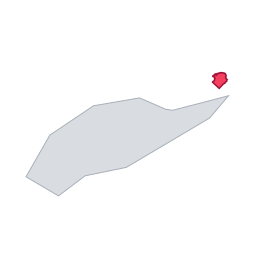 Ollei, Palau (highlighted), rotated 50°
{"feature_id": "81905179B39968712547281", "entity_name": "Ollei", "entity_type": "district", "adm_level": 2, "iso_a3": "PLW", "parent_name": "Palau", "parent_adm1": "", "projection": "albers", "projection_center": [134.619, 7.719], "detail": "fine", "context": "in_parent", "style": "filled", "palette": "rose", "viewbox_px": 256, "rotation_deg": 50, "n_neighbors": 0, "source": "geoboundaries", "source_scale": "gbopen_adm2", "svg_char_len": 2469}
<svg xmlns="http://www.w3.org/2000/svg" viewBox="0 0 256 256"><g transform="rotate(50 128 128)"><path d="M135.3,224.9L99.8,237.5L83.2,192.4L88.8,140.1L112.3,99.9L137.8,87.1L143.1,82.5L167.9,30.3L172.8,59.1L157.1,154.5L137.0,191.7L135.3,224.9Z" fill="#d9dde1" stroke="#a8b0b8" stroke-width="1"/><path d="M156.3,32.7L155.6,27.1L155.4,27.2L155.5,27.1L155.5,26.9L155.5,26.7L155.7,26.4L155.7,26.2L155.6,25.9L155.7,25.7L155.8,25.5L155.7,25.5L155.7,25.4L155.7,25.2L155.7,24.9L155.7,24.7L155.6,24.4L155.6,24.2L155.5,23.9L155.5,23.7L155.6,23.3L155.6,23.2L155.6,22.9L155.7,22.7L155.6,22.4L155.6,22.2L155.4,22.1L155.2,22.0L155.2,21.9L155.1,21.7L154.9,21.5L154.8,21.4L154.7,21.3L154.7,21.2L154.5,21.3L154.4,21.3L154.4,21.2L154.2,20.9L153.9,21.0L153.7,21.0L153.4,21.0L153.2,21.0L152.8,20.9L152.7,20.9L152.4,20.7L152.2,20.7L152.0,20.4L151.9,20.4L151.8,20.2L151.6,20.1L151.5,19.9L151.4,19.9L151.4,19.7L151.2,19.5L151.2,19.4L150.9,19.3L150.9,19.2L150.7,19.1L150.4,19.0L150.3,18.9L150.1,18.9L149.9,18.8L149.7,18.8L149.6,18.7L149.4,18.6L149.2,18.6L148.9,18.5L148.7,18.6L148.6,18.8L148.4,18.7L148.3,18.8L148.2,18.8L147.9,18.9L147.8,19.1L147.7,19.1L147.5,19.3L147.4,19.4L147.3,19.5L147.2,19.6L146.9,19.7L146.9,19.8L146.7,19.9L146.6,20.0L146.4,20.2L146.4,20.3L146.1,20.4L146.1,20.5L145.9,20.7L146.0,20.7L145.8,20.8L145.8,21.0L145.7,21.1L145.5,21.3L145.5,21.5L145.4,21.6L145.2,21.8L145.0,22.0L144.9,22.1L144.8,22.3L144.7,22.3L144.6,22.5L144.5,22.8L144.4,23.0L144.5,23.0L144.4,23.2L144.3,23.3L144.2,23.4L144.2,23.5L144.3,23.8L144.4,24.0L144.2,24.2L144.1,24.3L143.9,24.4L143.8,24.5L143.7,24.6L143.5,24.8L143.5,25.0L143.8,25.1L143.9,25.4L144.0,25.6L144.3,25.8L144.3,26.1L143.1,26.0L142.4,26.0L142.6,26.1L142.6,26.5L143.1,26.5L143.1,26.4L143.1,26.1L144.2,26.1L144.1,26.3L144.0,26.5L143.9,26.5L143.7,26.5L143.6,26.8L143.4,26.8L143.2,27.0L143.1,27.3L143.0,27.5L142.9,27.5L142.8,27.8L142.7,28.0L142.7,28.4L142.7,28.5L142.7,28.8L142.7,29.0L142.8,29.1L142.8,29.3L142.7,29.5L142.8,29.8L143.0,29.9L143.3,29.8L143.4,29.7L143.5,29.7L143.8,29.5L144.1,29.4L144.2,29.2L144.3,29.2L144.5,29.1L144.8,29.1L145.1,29.0L145.3,29.2L145.3,29.3L145.5,29.3L145.7,29.5L145.8,29.6L146.0,29.7L146.0,29.8L146.1,30.0L145.9,30.0L146.0,30.1L146.2,30.3L146.3,30.4L146.4,30.5L146.5,30.5L146.7,30.8L146.8,30.9L146.9,31.0L147.0,31.1L147.1,31.3L147.1,31.5L147.1,31.9L147.2,32.1L147.1,32.3L147.1,32.6L147.1,32.9L147.0,33.0L147.0,33.3L147.0,33.5L147.2,33.8L156.3,32.7Z" fill="#f43f5e" stroke="#9f1239" stroke-width="1.5"/></g></svg>